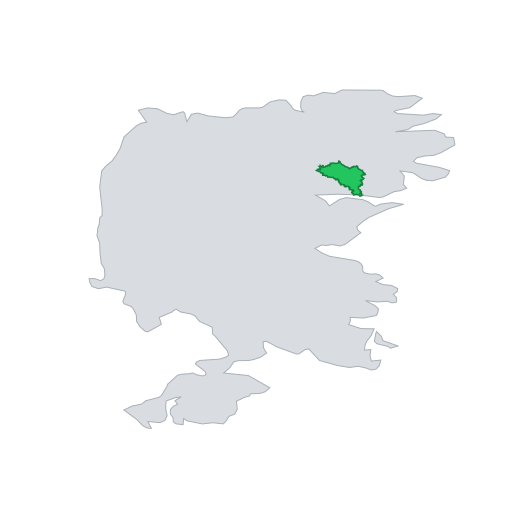 Newcastle West Lea-6, Limerick, Ireland shown in context, rotated 193°
{"feature_id": "5873133B14454086811136", "entity_name": "Newcastle West Lea-6", "entity_type": "district", "adm_level": 2, "iso_a3": "IRL", "parent_name": "Ireland", "parent_adm1": "Limerick", "projection": "robinson", "projection_center": [-9.078, 52.442], "detail": "fine", "context": "in_parent", "style": "filled", "palette": "green", "viewbox_px": 512, "rotation_deg": 193, "n_neighbors": 0, "source": "geoboundaries", "source_scale": "gbopen_adm2", "svg_char_len": 9033}
<svg xmlns="http://www.w3.org/2000/svg" viewBox="0 0 512 512"><g transform="rotate(193 256 256)"><path d="M330.7,90.3L318.7,96.5L316.8,98.8L313.5,108.5L313.2,111.3L305.7,122.1L301.4,124.3L295.0,126.1L291.4,127.8L286.9,126.9L281.1,127.1L278.2,129.0L278.4,130.5L280.1,132.2L290.8,137.2L290.2,139.2L287.2,141.6L268.1,147.4L262.4,150.9L260.4,153.2L262.5,157.1L277.9,168.8L280.5,170.0L282.8,176.8L296.4,179.6L301.9,183.9L306.7,184.9L317.1,184.5L321.3,186.1L323.6,184.9L325.0,182.7L336.5,174.4L332.8,168.2L344.4,157.7L347.6,157.9L353.2,161.1L357.7,165.5L359.3,171.5L363.6,176.9L366.4,178.7L373.9,179.8L375.6,181.9L374.4,189.7L375.6,192.3L394.6,192.1L402.1,188.7L408.7,189.3L412.0,192.8L413.5,196.4L407.9,197.7L402.0,197.0L399.1,199.4L399.0,203.9L401.1,209.8L405.1,213.9L408.5,223.3L411.3,233.6L415.5,239.9L416.4,247.7L415.9,251.5L416.8,258.4L415.1,260.8L416.5,267.2L423.8,288.0L425.5,304.3L422.2,310.3L417.7,316.1L414.8,323.0L412.6,330.3L411.4,342.3L401.7,356.2L397.5,359.7L392.6,361.8L403.5,371.6L394.8,375.9L385.2,377.3L374.6,374.9L367.9,375.2L359.6,380.2L357.7,379.3L353.6,371.3L350.8,379.6L344.7,382.2L334.2,381.7L316.7,383.9L309.9,386.2L307.2,389.9L305.1,394.2L302.4,396.7L299.3,398.0L285.8,401.1L283.1,402.4L276.9,409.3L268.7,413.3L261.9,414.5L255.8,410.4L253.3,408.0L250.5,406.8L241.2,407.0L244.1,408.2L246.0,411.1L247.0,416.5L246.0,421.8L241.4,424.5L235.9,425.0L227.3,430.5L215.8,432.0L209.6,437.1L171.8,445.6L169.6,445.8L164.4,443.6L158.7,442.6L153.1,443.3L137.2,448.1L129.5,447.1L139.4,435.2L152.5,429.2L153.9,427.6L149.6,426.7L124.6,430.9L115.9,434.5L107.2,435.5L111.3,430.1L122.5,422.6L132.2,417.8L136.4,413.4L148.2,408.4L110.2,418.7L100.2,417.4L97.9,414.6L90.1,415.9L87.2,409.0L98.8,398.5L105.5,394.0L113.5,391.6L121.1,388.1L124.0,383.8L120.4,382.5L97.5,383.6L86.5,382.7L87.1,379.3L89.2,375.5L100.6,369.1L106.7,368.1L112.2,368.7L121.9,372.5L134.8,371.3L129.4,367.2L128.5,358.8L124.4,356.1L129.7,352.2L135.7,349.9L145.8,341.9L149.4,340.7L169.2,338.7L190.6,334.5L211.8,328.7L200.9,325.5L195.7,321.3L187.4,329.9L181.3,333.2L164.3,334.9L158.9,334.0L151.4,331.3L149.0,332.3L146.8,334.4L135.5,338.6L123.7,339.6L137.5,331.9L155.0,318.7L158.9,314.5L164.4,307.3L162.7,304.1L159.1,302.3L171.8,287.4L176.2,284.7L184.3,284.3L190.2,281.9L192.8,281.9L195.2,281.0L200.3,276.6L192.3,273.7L184.1,272.3L158.5,273.8L155.2,273.5L152.0,272.1L149.9,270.1L148.4,265.1L146.5,264.0L140.8,264.0L135.1,265.5L131.1,265.3L127.2,263.1L133.5,258.0L125.5,256.7L117.4,257.8L110.6,256.2L110.4,253.0L113.5,249.7L109.5,246.7L108.7,242.8L113.0,240.9L117.6,241.5L127.2,238.6L139.3,237.2L128.9,234.4L124.8,232.0L124.6,228.3L125.4,225.1L137.5,219.7L150.4,217.4L149.4,213.8L150.3,210.0L137.4,208.9L124.5,211.6L125.9,204.3L129.0,197.7L129.7,193.3L129.1,188.7L123.1,190.7L122.4,184.1L119.9,179.6L111.0,182.7L111.2,176.7L113.8,172.6L118.5,170.8L123.1,171.6L131.6,171.5L139.9,168.4L151.7,167.6L170.7,168.5L183.7,177.4L187.1,175.8L192.3,170.2L194.7,169.6L214.3,172.0L226.5,175.2L229.8,174.2L228.0,168.1L223.8,163.8L229.0,158.2L235.4,154.4L239.7,152.5L249.5,150.1L253.8,147.9L256.7,140.7L261.2,134.7L236.5,137.8L212.9,130.7L216.6,125.7L221.6,122.8L230.2,120.6L231.0,118.0L235.3,115.8L242.4,110.1L239.8,102.6L241.1,97.2L246.3,93.7L247.9,88.7L250.1,85.1L260.6,83.8L270.6,80.3L286.0,79.9L290.0,81.3L289.1,75.2L296.3,74.5L299.2,75.7L300.5,79.9L303.8,82.6L304.9,87.4L302.7,91.0L299.0,93.9L302.4,96.7L297.2,102.0L302.9,99.7L310.9,94.6L310.4,90.5L309.0,85.2L306.7,80.5L307.7,75.3L312.2,72.0L324.1,70.4L319.1,64.5L323.5,63.9L328.2,65.2L335.2,69.8L350.1,76.2L342.9,82.0L334.1,86.0L330.7,90.3ZM121.9,206.7L121.6,209.5L115.9,206.0L113.2,202.1L97.5,200.3L104.1,196.4L107.2,197.6L118.3,197.7L121.4,199.4L121.9,206.7Z" fill="#d9dde1" stroke="#a8b0b8" stroke-width="1"/><path d="M213.8,358.6L213.8,358.3L213.5,358.0L213.5,357.8L213.6,357.7L214.4,357.5L214.0,357.3L213.9,357.1L213.6,356.9L213.5,356.4L213.6,356.2L213.2,355.7L213.3,355.6L212.9,355.2L212.5,355.3L212.5,354.9L212.8,354.6L213.1,354.7L214.0,354.6L214.4,354.8L214.8,354.6L215.3,354.4L215.3,354.2L215.7,354.0L215.7,353.8L215.5,353.6L215.7,353.4L216.0,353.2L216.3,352.9L215.7,352.8L215.3,352.9L214.9,352.9L214.4,352.8L214.4,352.5L214.2,352.4L214.1,352.6L213.9,352.8L213.5,352.7L212.6,352.7L212.3,352.1L211.8,351.6L211.5,351.7L211.4,351.6L210.1,351.9L209.9,351.7L209.3,351.9L209.2,351.7L209.3,351.1L209.2,350.9L209.4,350.8L209.2,350.6L209.3,350.2L209.2,349.7L208.3,349.9L207.8,350.1L207.0,350.1L206.7,349.9L206.7,350.0L206.0,350.2L205.8,350.2L205.0,350.3L204.8,350.2L204.6,349.9L204.6,349.7L204.3,349.5L204.1,349.4L203.8,349.0L203.3,349.2L203.0,349.2L202.5,349.5L202.4,349.4L202.0,349.4L201.3,349.3L201.1,349.4L200.3,349.6L199.2,349.7L198.5,349.9L198.2,349.9L197.9,349.6L197.8,349.4L197.7,349.4L197.3,349.0L196.9,348.9L196.5,349.1L195.6,349.1L195.5,348.7L195.6,348.3L195.3,348.1L194.9,348.4L194.4,348.5L194.2,348.6L193.8,348.8L194.3,348.9L194.4,349.0L194.0,349.2L193.7,349.6L193.4,349.8L193.6,349.5L193.2,349.2L192.9,349.1L192.7,349.0L192.8,349.0L192.7,348.7L192.8,348.6L192.4,348.2L192.5,348.1L192.3,347.9L192.6,347.7L192.3,347.4L192.2,347.6L192.0,347.4L191.8,347.3L192.0,346.8L191.9,346.6L191.7,346.5L191.5,346.2L191.3,346.3L190.5,346.2L190.5,345.8L190.0,345.8L189.9,345.7L189.9,345.1L189.5,345.1L189.5,344.9L189.8,344.8L189.5,344.4L189.2,344.3L189.0,344.5L188.7,344.6L188.5,344.8L188.4,345.1L188.0,345.1L186.8,345.2L186.4,345.1L186.0,345.1L186.0,344.7L185.5,344.8L185.3,344.5L185.4,344.3L185.3,344.1L185.6,344.1L185.6,343.9L185.5,343.6L183.9,343.6L183.9,343.9L183.6,344.0L183.3,344.5L182.8,344.5L182.3,344.4L181.3,344.6L181.1,344.5L181.0,344.2L179.9,343.7L180.6,343.3L180.5,343.2L180.1,343.1L180.0,342.7L180.0,342.3L180.2,342.1L180.1,341.9L180.0,342.0L179.8,342.0L179.6,342.1L179.5,341.9L179.3,341.8L178.3,341.9L177.6,342.1L177.3,341.9L176.4,342.3L175.9,342.1L175.6,341.5L176.1,341.6L176.8,341.5L176.8,341.0L176.2,340.9L176.4,340.4L176.4,340.1L177.0,339.9L177.1,339.6L177.1,339.4L176.6,339.2L176.5,339.3L176.3,339.2L176.1,339.3L175.9,339.1L175.7,338.9L175.8,338.7L175.3,338.6L175.3,338.3L174.6,337.4L172.8,338.3L172.1,338.6L169.4,338.6L168.7,338.3L168.2,337.7L166.9,338.4L167.0,338.4L166.9,338.5L166.7,338.5L166.5,338.8L166.5,339.0L166.4,339.1L166.5,339.1L166.4,339.2L166.6,339.4L166.8,339.4L166.9,339.6L167.5,339.9L167.4,339.9L167.3,340.0L167.2,340.2L167.4,340.4L167.8,340.4L168.1,340.5L168.2,340.3L168.4,340.3L168.7,340.4L168.5,340.6L168.4,340.9L168.3,341.0L167.7,341.1L168.2,341.6L168.1,341.8L167.8,341.9L167.7,342.1L167.8,342.2L167.9,342.4L168.8,342.7L168.7,342.8L169.1,343.0L169.2,343.3L169.1,343.5L169.2,343.8L169.6,343.8L169.9,343.8L170.6,344.0L171.2,344.4L171.8,346.9L170.7,347.0L170.4,347.1L170.2,347.4L170.2,347.6L170.4,348.0L170.4,348.6L170.2,348.7L170.2,348.9L169.9,349.0L170.0,349.1L169.9,349.3L169.5,349.4L169.4,349.3L169.2,349.3L169.1,349.2L169.0,349.3L168.8,349.4L168.8,349.2L168.6,349.4L168.6,349.2L168.3,349.2L168.3,349.3L168.5,349.3L168.6,349.5L168.6,349.9L168.5,350.2L169.0,350.8L169.2,351.3L169.2,351.5L169.3,351.6L169.3,351.8L169.6,352.2L169.9,352.1L170.1,352.2L170.5,353.0L171.3,353.0L171.0,353.6L169.9,353.8L169.5,354.1L169.1,354.5L169.0,354.8L168.8,354.9L168.6,355.3L168.4,355.7L168.6,355.8L168.5,356.0L169.3,356.2L169.9,356.5L170.5,356.7L170.5,356.8L170.4,357.1L170.5,357.2L170.9,357.4L171.3,357.5L171.4,358.2L171.3,358.3L171.2,358.2L170.9,358.5L170.7,358.8L170.3,358.9L170.2,359.0L169.9,359.0L169.6,359.2L169.4,359.2L169.3,359.4L168.2,359.6L168.2,359.9L167.9,360.1L168.4,360.6L168.4,360.9L168.5,361.0L169.2,360.9L169.6,361.3L169.8,361.4L170.0,361.2L170.1,361.4L170.5,361.5L170.5,361.9L171.2,362.5L171.6,362.8L171.6,363.1L171.9,362.9L172.4,363.1L172.8,363.1L173.0,363.2L173.5,363.2L174.0,363.6L174.6,363.8L175.3,363.7L175.5,363.9L175.3,364.0L175.6,364.0L175.5,363.9L175.8,364.1L176.2,364.2L176.4,364.6L176.5,364.6L176.6,365.0L176.9,365.3L176.8,365.5L177.0,365.9L177.4,366.2L178.0,366.5L178.2,366.4L178.3,365.9L178.5,365.9L178.7,365.6L179.4,365.5L179.9,365.5L181.4,365.1L181.5,364.9L181.3,364.4L182.4,364.3L182.6,364.2L182.6,363.7L182.8,363.5L183.2,363.2L184.1,363.0L184.2,362.7L184.3,362.1L184.4,361.9L184.6,362.1L185.7,362.6L186.2,363.0L187.0,363.2L187.4,363.1L189.1,363.2L189.5,363.2L189.6,363.3L189.7,363.6L189.9,363.6L190.4,363.9L191.0,364.0L191.4,364.3L192.4,364.1L193.2,364.6L193.4,364.9L193.6,365.1L194.0,365.2L194.6,365.6L195.4,366.4L195.5,366.6L195.4,366.7L195.5,366.8L196.0,367.1L196.6,367.1L196.8,367.0L196.7,366.7L196.6,366.4L196.4,366.2L196.1,365.9L196.1,365.6L196.1,365.4L197.7,364.7L198.0,364.4L199.3,364.1L201.0,364.0L201.2,363.9L202.0,363.9L203.1,363.3L204.1,363.2L203.7,362.7L203.8,362.4L204.2,362.4L204.1,361.8L204.6,361.3L204.6,361.0L204.6,360.9L204.7,361.0L204.9,361.3L205.1,361.4L205.3,361.4L205.4,361.2L206.5,360.5L206.6,360.3L206.7,360.0L206.5,359.6L206.9,359.3L207.6,359.3L207.8,359.4L208.0,359.3L208.3,359.3L208.4,359.0L208.5,358.9L208.4,358.7L208.7,358.4L208.8,358.2L210.2,357.7L210.3,357.6L210.6,357.7L210.6,358.4L211.1,359.2L211.5,359.1L211.5,358.6L212.1,357.9L212.0,357.6L213.5,358.2L213.5,358.4L213.8,358.6Z" fill="#22c55e" stroke="#15803d" stroke-width="1.5"/></g></svg>